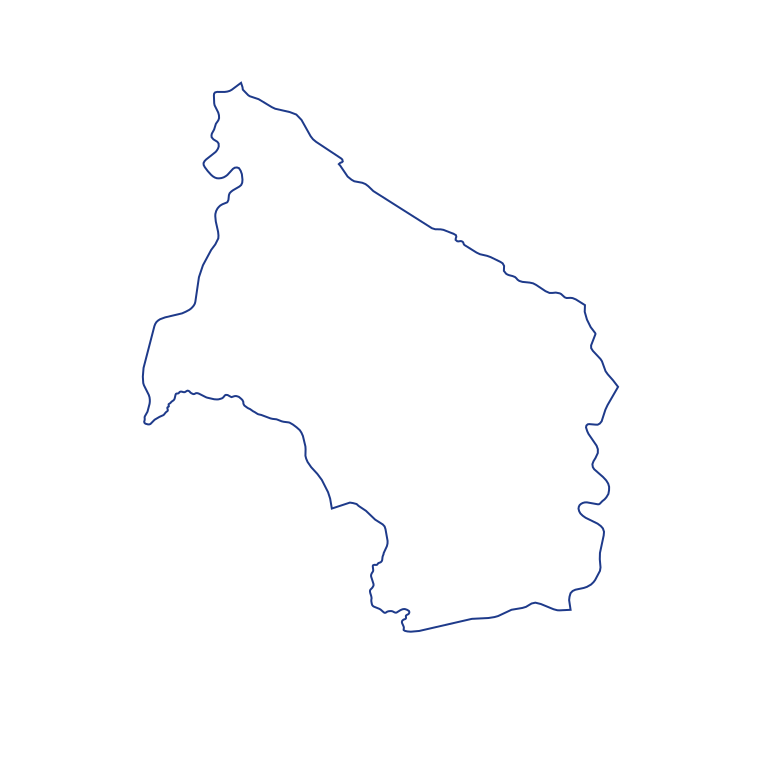 map outline of Nord-Kivu (Natural Earth projection), rotated 294°
{"feature_id": "COD-1898", "entity_name": "Nord-Kivu", "entity_type": "Province", "adm_level": 1, "iso_a3": "COD", "parent_name": "Democratic Republic of the Congo", "parent_adm1": "", "projection": "natural_earth1", "projection_center": [28.468, -0.551], "detail": "fine", "context": "isolated", "style": "outline", "palette": "blue", "viewbox_px": 768, "rotation_deg": 294, "n_neighbors": 0, "source": "natural_earth", "source_scale": "10m", "svg_char_len": 6166}
<svg xmlns="http://www.w3.org/2000/svg" viewBox="0 0 768 768"><g transform="rotate(294 384 384)"><path d="M537.8,535.5L531.6,538.0L525.4,543.2L520.0,549.7L516.5,556.1L516.2,556.5L515.8,556.8L515.4,556.9L503.5,557.5L501.0,558.7L499.2,561.4L494.9,571.6L493.4,573.9L485.8,581.2L483.9,584.4L480.6,591.6L476.6,599.0L455.7,596.8L450.6,596.7L438.4,598.0L435.6,597.2L433.8,595.8L433.0,594.0L430.8,587.7L430.0,586.5L428.4,585.8L426.5,586.2L423.5,588.9L421.6,591.1L414.1,603.3L411.4,605.9L407.9,607.4L402.5,607.3L398.6,606.8L395.5,607.0L393.0,608.6L391.6,610.7L388.1,622.0L386.3,626.2L384.2,629.3L381.6,631.5L378.5,632.8L374.8,633.7L370.8,633.2L368.3,632.4L365.8,631.1L362.5,629.9L361.6,629.3L361.0,628.0L358.4,617.5L357.5,615.6L356.2,614.0L354.7,612.8L353.0,612.0L351.2,611.9L349.2,612.4L347.1,614.1L345.6,616.1L344.5,619.1L343.8,622.6L343.3,635.9L342.4,639.9L341.1,642.7L338.5,645.1L335.0,646.3L317.5,650.0L311.7,652.4L304.5,656.4L301.1,657.3L290.8,656.6L288.2,656.0L285.0,654.7L281.2,651.9L278.9,649.4L273.9,642.5L271.6,640.5L268.8,639.5L265.1,640.0L261.9,641.0L253.6,646.3L248.5,636.2L247.8,634.3L247.2,630.5L246.8,616.8L245.8,611.2L243.5,608.1L238.2,604.4L235.7,601.5L229.6,592.3L218.4,582.6L216.0,579.7L212.7,574.6L205.2,559.8L172.7,516.6L168.6,509.2L167.5,506.1L167.0,503.6L167.2,502.1L167.9,501.7L168.8,501.5L169.6,501.2L170.4,500.6L172.9,497.8L173.7,497.2L174.4,497.0L175.3,497.0L176.0,497.3L176.7,497.7L177.3,498.3L177.8,498.9L178.5,499.3L179.2,499.3L180.6,498.5L181.2,498.3L181.9,498.5L182.5,498.9L183.1,499.4L183.7,499.9L184.5,500.1L185.4,500.1L186.1,499.8L186.8,499.1L187.1,496.8L187.0,495.7L186.9,494.7L186.5,493.8L186.1,493.0L185.0,491.8L183.8,490.8L180.7,488.7L180.3,488.4L179.9,487.8L179.7,487.0L179.7,485.8L179.8,484.4L179.6,483.3L179.3,482.5L178.5,481.0L178.0,480.3L177.4,479.6L176.8,479.2L176.1,478.8L175.5,478.2L175.2,477.4L175.4,476.3L176.5,472.8L176.7,471.3L176.5,465.3L176.7,464.2L177.2,463.2L178.3,462.2L180.5,460.7L182.0,460.1L183.2,459.8L184.2,459.2L185.4,458.3L187.4,456.5L188.7,455.6L189.8,455.2L190.7,455.3L193.2,456.2L195.1,456.4L196.0,456.3L197.1,455.7L202.8,450.6L203.5,450.2L204.3,449.9L205.1,449.8L206.1,449.8L207.9,450.1L208.8,450.1L209.7,449.8L212.7,448.0L213.1,447.8L213.8,447.7L214.3,448.1L214.9,448.7L215.5,450.4L216.0,451.1L216.8,451.4L217.6,451.5L218.3,451.9L219.6,453.3L220.1,453.6L220.9,453.9L221.7,454.0L222.6,453.9L225.1,453.1L226.0,452.9L228.4,452.8L229.3,452.5L237.0,452.6L239.7,452.1L242.1,451.1L252.0,444.4L254.1,442.5L255.2,440.0L256.5,431.1L260.8,419.1L262.3,410.4L263.2,407.8L262.6,404.1L261.8,401.1L249.0,387.0L257.4,381.4L262.4,376.9L271.1,366.2L274.7,359.8L278.4,351.3L281.7,345.9L284.2,343.2L286.5,341.4L292.5,338.9L295.0,337.6L303.5,331.1L306.0,328.3L307.6,325.8L308.9,321.7L309.9,317.3L310.3,313.5L310.1,312.4L308.7,307.8L308.3,305.7L308.1,301.2L308.0,300.1L306.8,296.3L306.4,294.2L305.8,284.4L305.3,281.9L305.2,280.9L305.8,276.9L305.8,275.8L306.6,271.8L306.6,269.7L306.8,268.5L307.5,265.3L308.1,264.4L308.8,263.6L310.6,262.6L311.8,261.1L312.4,259.5L313.2,256.7L313.1,255.2L312.9,254.0L312.6,253.2L312.1,252.4L311.6,251.8L310.5,250.6L310.0,250.0L310.0,248.9L310.3,245.7L310.0,244.6L309.6,243.8L308.9,243.3L306.4,242.6L305.6,242.2L305.0,241.8L303.9,240.6L303.4,239.9L302.8,239.3L302.4,238.5L302.0,237.8L301.0,235.1L299.6,228.0L299.5,226.9L299.9,219.0L299.8,217.6L299.5,216.7L299.1,215.9L297.7,214.8L297.2,213.8L297.2,211.8L297.5,210.5L298.1,209.3L298.2,208.3L298.1,207.4L297.6,206.8L295.6,205.4L295.2,204.7L294.9,203.7L294.8,202.6L294.5,201.7L294.1,201.0L293.4,200.5L292.6,200.3L291.9,200.0L291.5,199.5L290.9,198.4L290.4,198.0L289.7,197.9L285.3,198.7L284.4,198.6L283.6,198.4L281.4,197.1L279.8,196.6L279.1,196.2L278.4,195.7L277.9,195.5L277.3,195.7L276.7,196.1L276.2,196.5L275.6,196.4L275.1,196.0L274.4,195.7L273.8,195.9L272.6,196.9L272.0,197.2L271.2,197.2L269.8,196.4L269.0,196.1L266.4,195.4L265.7,195.0L264.6,194.0L262.7,192.3L258.1,189.0L252.5,186.9L251.7,186.1L251.1,184.8L250.7,182.2L251.1,181.0L251.9,180.3L253.7,180.0L254.6,179.7L256.3,178.8L257.2,178.7L262.5,179.2L270.5,177.9L272.5,177.3L274.5,176.4L276.5,175.2L278.4,173.5L285.2,165.2L286.9,163.7L292.6,160.7L300.9,157.8L343.5,150.7L345.8,150.6L348.0,150.9L350.1,151.8L352.1,153.1L355.8,156.9L366.4,170.8L369.4,173.5L372.6,176.0L374.6,177.1L376.5,177.8L378.3,178.3L380.4,178.5L382.4,178.2L406.3,171.5L418.8,170.3L436.3,171.6L442.9,173.1L449.6,173.4L452.3,172.4L455.6,170.5L464.1,164.2L468.7,161.6L470.7,160.8L473.8,160.3L476.6,160.5L478.4,161.0L480.4,161.8L482.5,163.3L485.9,166.6L486.3,166.9L487.2,167.0L488.9,167.0L493.5,165.5L495.5,165.4L497.5,166.1L499.5,167.2L505.6,171.6L507.7,172.6L510.2,172.6L513.1,171.6L517.9,168.8L520.5,166.3L522.2,163.7L522.0,161.6L520.9,159.7L519.1,158.5L511.3,155.9L509.5,154.9L507.6,153.5L506.0,151.7L504.8,149.7L504.0,147.7L503.8,145.5L504.1,143.2L504.8,140.9L506.8,136.4L509.2,132.1L510.7,130.2L512.4,129.3L514.5,129.4L516.6,130.1L527.5,135.8L529.3,136.3L531.5,136.6L533.8,136.4L536.4,135.1L537.5,133.2L538.1,128.7L539.3,126.2L540.9,125.3L542.7,124.9L547.4,125.3L553.3,124.6L557.5,125.4L559.8,125.2L562.4,123.9L564.6,122.1L569.7,115.9L571.4,114.7L578.5,111.2L580.2,110.7L581.7,111.1L583.0,112.8L586.1,119.8L587.4,121.9L589.0,123.8L590.8,125.2L601.0,130.9L597.6,134.0L595.5,135.3L592.6,142.5L592.3,144.3L593.2,153.6L591.3,168.9L591.2,172.6L594.1,187.3L594.5,194.3L591.7,201.2L580.5,216.2L578.7,219.6L577.6,223.5L572.6,253.2L572.1,254.6L570.5,255.8L569.4,255.3L568.3,254.1L566.5,253.3L565.6,255.3L558.7,266.4L557.4,271.3L557.1,274.4L559.0,282.3L559.1,285.8L558.3,289.2L555.9,295.8L545.8,364.4L546.2,367.8L548.3,372.8L549.0,375.6L549.5,386.7L549.2,389.2L547.9,390.2L546.3,390.3L544.8,390.8L544.2,392.8L544.5,393.9L545.7,395.8L546.0,396.9L545.8,398.3L545.1,399.2L544.2,400.0L543.7,400.9L541.7,415.1L541.6,418.9L543.0,426.0L543.3,429.8L542.9,440.7L542.5,443.3L540.7,445.7L536.1,447.5L534.4,450.7L534.2,452.3L534.3,454.1L534.9,457.5L535.0,460.2L534.4,462.0L533.6,463.6L533.2,465.7L533.6,468.9L535.9,475.9L536.6,479.3L536.4,482.6L534.5,493.8L534.5,498.1L535.8,501.0L537.4,503.8L538.3,507.7L538.2,509.3L536.7,513.8L536.8,515.8L538.6,519.4L539.2,521.4L539.3,524.9L537.8,535.5Z" fill="none" stroke="#1e3a8a" stroke-width="2"/></g></svg>